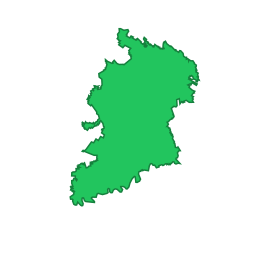 Hueyapan de Ocampo, Veracruz, Mexico, rotated 304°
{"feature_id": "50627088B79595248212250", "entity_name": "Hueyapan de Ocampo", "entity_type": "district", "adm_level": 2, "iso_a3": "MEX", "parent_name": "Mexico", "parent_adm1": "Veracruz", "projection": "robinson", "projection_center": [-95.171, 18.195], "detail": "fine", "context": "isolated", "style": "filled", "palette": "green", "viewbox_px": 256, "rotation_deg": 304, "n_neighbors": 0, "source": "geoboundaries", "source_scale": "gbopen_adm2", "svg_char_len": 5873}
<svg xmlns="http://www.w3.org/2000/svg" viewBox="0 0 256 256"><g transform="rotate(304 128 128)"><path d="M207.6,160.0L207.8,159.7L207.4,158.9L209.6,157.8L209.3,156.9L210.1,157.2L211.1,155.9L212.7,155.5L212.5,153.1L213.7,153.0L213.3,152.4L214.0,151.6L214.8,152.1L216.2,149.8L217.0,150.2L218.3,149.5L218.4,147.0L219.0,146.7L220.0,144.3L218.8,142.4L218.8,140.4L217.7,140.7L218.7,139.7L218.9,138.6L217.7,137.9L219.3,136.9L218.6,136.0L218.5,134.1L220.7,131.9L221.5,128.5L221.0,127.5L219.1,127.7L219.0,124.4L220.1,123.6L218.7,123.8L219.9,118.4L219.9,117.6L219.2,117.5L219.6,113.0L220.9,110.5L219.1,109.7L219.0,110.3L217.6,110.1L215.1,111.5L214.0,113.5L212.8,112.4L213.3,112.2L213.4,111.8L211.7,110.5L212.4,109.6L211.8,109.5L211.9,108.9L212.5,108.8L212.5,107.2L212.0,107.3L212.3,103.5L209.7,104.1L209.3,103.1L210.1,102.9L209.6,102.3L210.1,99.9L209.1,99.9L209.3,98.1L209.8,98.1L210.4,96.6L209.7,96.5L210.4,95.8L210.2,93.9L211.8,93.8L212.2,90.8L210.5,91.1L209.1,93.9L207.9,93.9L207.7,95.6L206.5,95.6L206.0,96.8L206.9,97.0L206.8,97.8L205.3,97.6L205.4,96.8L204.7,96.7L205.0,95.5L206.2,95.6L206.4,93.5L205.7,93.4L205.9,90.9L206.7,90.9L207.5,85.9L206.0,85.9L206.2,85.2L205.3,85.2L205.1,81.1L206.3,81.4L206.0,79.1L203.7,79.1L203.4,75.3L204.5,75.2L204.5,74.5L208.6,74.4L209.5,72.9L206.7,69.9L206.2,66.3L205.4,65.1L202.9,67.1L199.9,66.9L197.8,69.0L196.0,69.1L196.1,70.6L195.7,70.6L195.5,71.6L196.0,72.8L193.6,72.4L193.7,74.0L191.8,73.8L191.7,78.8L194.8,79.2L195.6,85.7L192.6,85.4L192.5,86.1L191.1,86.5L191.1,87.5L189.8,87.3L190.1,89.4L189.3,89.3L189.4,90.6L188.7,90.5L187.3,92.0L178.2,89.3L178.2,88.6L175.7,85.1L175.3,82.8L176.4,78.7L174.1,78.4L173.4,79.3L172.7,78.7L171.8,73.9L172.1,71.1L170.5,72.3L170.5,73.4L169.4,73.9L169.0,75.0L165.4,76.1L165.0,75.6L163.9,76.6L162.4,75.4L161.8,75.9L156.8,73.4L154.1,75.6L153.8,79.0L149.3,82.4L147.0,82.5L146.3,83.2L145.9,82.8L145.1,83.5L143.0,81.3L143.4,80.5L145.0,81.0L145.0,79.7L146.0,79.9L144.3,78.3L144.8,77.8L144.1,76.4L142.7,78.3L140.7,76.9L139.4,79.2L140.0,77.5L137.8,76.4L136.5,78.3L135.6,77.6L134.5,79.2L132.9,78.4L133.0,77.3L131.9,77.8L131.9,79.4L130.4,79.3L130.4,78.0L128.8,78.1L128.9,80.1L127.3,80.1L127.4,80.8L126.0,81.1L125.6,84.7L126.9,84.8L126.8,85.2L123.8,93.1L122.3,94.1L122.3,96.1L119.9,99.0L118.0,98.4L116.4,98.9L115.4,98.1L112.5,97.9L112.6,97.1L111.8,96.5L113.2,96.8L113.3,96.3L111.7,96.0L110.9,93.0L110.1,93.0L109.0,90.3L109.4,89.4L106.7,89.7L107.3,89.2L107.3,87.0L106.5,87.1L106.5,88.2L105.0,88.2L105.0,89.3L104.2,89.3L104.1,91.7L103.4,91.6L102.9,92.8L103.5,93.4L103.4,95.6L106.7,95.7L106.8,97.3L108.1,97.3L108.1,98.6L111.2,99.1L111.0,99.6L112.6,100.3L112.5,100.8L114.4,100.6L114.1,101.6L116.6,101.7L116.7,100.9L118.9,101.2L117.8,104.6L115.5,107.0L115.6,107.6L114.3,108.3L112.3,107.0L111.7,107.2L112.1,108.3L109.2,108.8L109.1,112.2L106.1,113.1L105.6,110.1L101.1,110.4L101.0,107.6L96.6,107.8L96.0,105.5L86.8,105.2L84.5,104.5L84.4,103.3L83.1,103.1L83.4,104.2L84.1,104.3L86.4,115.1L88.0,117.6L85.5,119.0L85.3,119.8L83.4,119.6L83.8,120.5L82.4,119.9L81.8,118.6L81.5,119.1L79.8,117.2L78.6,118.7L78.3,118.5L78.0,118.2L79.2,116.6L78.5,116.0L77.6,117.3L77.0,116.8L75.8,118.3L74.5,116.9L72.6,116.6L71.6,115.6L74.8,111.4L73.3,110.9L73.4,111.9L72.9,112.0L72.6,110.3L73.1,110.4L73.2,109.7L72.2,108.9L70.7,108.7L69.4,107.5L68.8,108.5L68.1,107.4L67.5,108.0L68.2,109.9L67.2,109.2L66.6,110.1L66.0,109.3L66.3,108.4L65.5,108.3L65.2,107.7L63.6,109.1L61.8,108.5L60.8,107.0L59.6,106.4L56.8,108.1L58.7,111.2L56.7,112.4L57.1,113.9L56.6,114.7L55.6,114.7L56.6,112.4L56.0,111.3L53.8,111.8L52.9,110.8L50.6,112.4L48.8,114.9L47.7,113.3L47.1,113.2L46.9,113.7L47.7,114.9L47.2,116.1L46.1,114.7L44.5,115.1L45.6,117.3L45.5,118.4L44.1,116.6L44.6,119.1L42.5,120.1L38.6,118.6L36.9,120.2L37.9,121.8L37.8,122.4L36.5,122.9L34.5,125.7L34.6,127.3L35.5,128.5L38.4,127.7L37.5,132.0L37.7,133.3L38.4,133.8L40.1,133.2L42.2,130.3L44.2,129.2L45.0,129.8L45.1,130.4L43.4,132.6L43.4,134.1L47.5,141.8L48.3,141.3L49.2,137.0L49.9,136.7L50.9,137.3L52.8,140.3L56.0,139.3L57.1,139.8L58.6,144.1L62.0,147.1L63.3,147.6L65.6,145.5L66.8,145.5L67.1,146.7L64.9,148.5L64.8,150.1L65.7,151.1L68.5,150.5L70.4,151.5L71.1,153.3L70.5,157.3L71.4,158.4L74.0,157.9L74.7,155.4L75.4,154.7L76.8,156.8L77.1,158.4L76.5,160.6L77.1,161.4L79.6,161.7L83.5,160.4L88.2,159.8L91.4,160.3L91.6,161.2L87.4,164.9L88.0,166.0L90.5,167.3L92.6,167.0L95.6,162.5L97.7,161.5L99.1,162.3L99.2,162.8L100.2,162.8L100.5,162.0L100.7,163.4L101.3,163.4L101.0,164.2L102.1,164.7L104.0,168.8L108.4,166.9L110.8,166.6L111.5,167.2L111.7,168.1L111.1,169.6L112.1,170.9L110.9,173.8L113.1,175.5L114.0,174.7L116.6,176.6L116.4,177.8L116.9,178.3L119.4,179.2L120.1,180.3L119.6,180.6L120.4,180.9L120.1,181.9L120.7,182.7L121.4,182.3L121.4,183.4L122.3,183.1L122.7,183.8L125.2,184.1L125.6,185.1L124.8,186.4L125.0,187.9L126.9,189.3L127.6,190.9L129.0,185.1L130.0,184.8L131.0,185.6L133.0,185.1L135.1,182.8L137.5,182.9L138.4,184.0L140.2,180.0L139.3,179.9L138.5,178.1L141.4,175.4L141.3,174.5L142.5,174.2L144.0,170.9L146.0,170.2L146.2,168.4L147.1,168.9L147.8,167.2L147.0,166.8L147.7,165.3L148.7,165.8L149.6,164.0L150.1,164.2L151.3,162.5L150.6,161.9L151.6,159.8L151.2,159.4L153.7,159.4L154.7,157.2L156.0,158.0L158.3,158.2L160.3,159.5L160.6,158.9L161.9,159.9L163.5,159.6L164.1,158.1L164.4,158.4L168.5,152.9L171.6,153.9L172.3,156.0L173.9,156.2L178.7,152.5L181.0,154.1L177.0,157.6L179.7,157.6L179.6,159.4L180.9,160.2L180.9,159.0L183.5,160.8L183.5,164.4L185.9,167.8L187.0,165.8L188.5,165.9L188.8,164.6L190.6,164.7L190.3,162.6L192.6,162.5L194.1,163.3L194.2,162.6L195.8,162.8L195.3,160.3L195.8,155.9L197.4,155.6L197.2,153.6L199.6,155.0L199.1,156.0L201.4,155.8L201.6,160.8L203.2,160.7L202.6,152.0L203.9,153.5L203.7,151.7L202.9,151.6L203.0,150.9L203.8,150.9L204.0,150.1L205.9,150.3L205.7,151.2L207.0,151.4L206.8,153.1L205.1,154.8L205.6,155.6L205.8,158.3L204.8,158.3L204.9,159.5L207.5,159.3L207.6,160.0Z" fill="#22c55e" stroke="#15803d" stroke-width="1.5"/></g></svg>